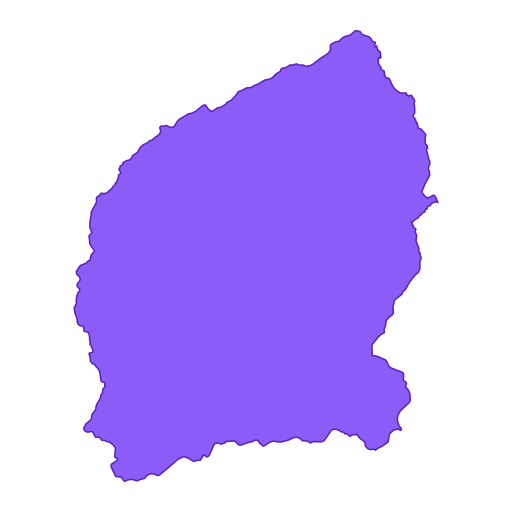 the district of Mecuburi, Nampula, Mozambique
{"feature_id": "85939544B36345946298130", "entity_name": "Mecuburi", "entity_type": "district", "adm_level": 2, "iso_a3": "MOZ", "parent_name": "Mozambique", "parent_adm1": "Nampula", "projection": "orthographic", "projection_center": [38.95, -14.45], "detail": "fine", "context": "isolated", "style": "filled", "palette": "violet", "viewbox_px": 512, "rotation_deg": 0, "n_neighbors": 0, "source": "geoboundaries", "source_scale": "gbopen_adm2", "svg_char_len": 5956}
<svg xmlns="http://www.w3.org/2000/svg" viewBox="0 0 512 512"><path d="M375.3,42.3L374.1,42.1L371.9,40.7L371.0,38.7L368.6,36.6L362.3,34.7L360.0,31.5L356.1,30.7L355.0,31.0L350.1,35.1L345.3,36.4L342.4,37.9L338.7,41.4L336.1,41.6L331.1,44.3L330.3,45.5L330.5,50.1L327.9,53.5L320.7,58.2L312.4,64.5L309.3,65.9L308.0,65.8L306.8,66.5L303.6,65.2L301.1,64.9L299.1,65.3L297.2,64.0L294.7,64.3L292.7,65.2L290.5,64.8L285.8,67.6L281.9,68.3L281.1,69.1L280.3,71.3L275.4,74.4L272.8,77.4L270.1,79.0L265.0,80.0L256.7,84.7L254.0,85.6L251.7,87.2L250.0,87.7L247.1,87.8L244.5,88.8L242.7,90.2L238.4,91.6L235.4,95.9L231.1,100.4L227.1,102.3L225.7,104.1L223.3,105.8L220.0,107.5L217.5,107.8L212.7,111.1L210.6,111.2L207.7,108.3L205.7,105.2L204.7,104.9L203.7,105.2L202.6,105.6L195.7,111.3L191.6,113.3L188.6,113.8L179.9,118.9L177.5,121.0L174.5,126.0L173.3,127.0L170.7,127.4L165.9,125.4L163.6,126.2L161.2,126.1L160.3,126.6L159.7,128.0L160.8,131.2L159.3,134.5L154.9,137.5L152.4,139.8L151.4,140.4L149.9,140.4L148.2,142.3L143.4,144.7L140.4,147.2L137.2,152.6L132.4,155.7L131.9,157.4L129.9,159.8L126.5,160.7L122.9,162.7L123.0,164.3L120.2,166.1L119.7,168.3L119.0,168.9L118.9,169.5L119.4,170.6L120.5,171.6L120.7,173.5L118.5,175.1L118.4,177.8L116.9,181.0L116.8,182.9L115.4,182.9L115.2,184.5L112.6,187.0L111.7,188.6L106.7,193.0L104.7,193.5L100.8,193.3L99.3,195.7L97.5,196.4L96.3,198.5L96.5,201.6L96.2,202.7L91.3,211.9L91.3,213.9L90.0,221.3L89.8,227.2L90.1,228.6L91.3,230.5L91.7,232.7L89.0,235.9L89.8,243.4L91.4,246.7L94.2,250.2L94.2,251.4L91.0,255.2L90.2,259.6L89.9,260.0L88.5,260.7L85.9,263.2L80.7,265.3L79.0,267.1L76.3,271.7L76.8,274.4L78.5,275.9L80.2,278.3L80.0,280.4L77.0,284.2L77.3,286.5L79.6,289.1L79.8,290.6L77.9,292.9L76.9,295.4L76.2,300.0L76.4,303.4L74.3,307.5L74.3,309.3L75.2,314.1L76.8,317.7L77.4,322.5L78.0,324.2L80.2,325.9L82.8,326.1L83.8,327.9L83.9,330.6L84.3,331.3L88.0,332.2L88.8,333.5L89.4,335.8L89.7,340.8L90.5,342.6L89.9,343.4L89.9,344.5L91.1,345.3L91.5,347.1L92.4,348.7L92.5,349.9L93.2,350.8L92.9,351.7L92.1,352.5L89.5,353.0L89.0,353.8L90.1,357.5L90.5,361.5L91.6,362.4L92.1,363.6L93.5,363.8L94.8,364.7L96.1,366.7L98.7,369.3L100.0,373.1L100.9,380.6L101.8,381.8L104.6,382.5L105.0,383.4L104.7,385.1L105.0,386.7L102.8,389.2L102.4,393.4L101.2,394.4L100.0,399.1L97.4,403.0L96.0,406.6L95.9,408.5L95.1,410.5L92.1,414.1L91.2,419.4L85.4,424.4L85.5,425.7L84.2,427.0L83.8,428.2L84.1,430.0L85.7,431.5L87.9,432.2L90.6,431.5L92.1,431.7L93.0,432.5L95.3,436.9L96.1,437.3L99.6,437.3L101.9,440.4L104.6,440.4L106.7,441.5L109.6,442.2L113.2,444.9L114.7,446.8L115.3,447.8L115.3,449.7L114.7,456.4L115.3,457.6L117.3,458.4L117.6,459.7L116.7,460.7L111.8,463.9L111.1,464.8L111.1,466.1L111.2,467.0L115.7,476.5L120.7,477.0L121.9,477.9L124.1,481.1L125.0,481.3L127.5,480.0L130.1,479.6L133.3,479.6L135.9,480.7L137.2,480.8L140.2,479.5L144.7,478.3L146.5,476.0L148.6,474.5L151.1,473.7L154.1,474.0L157.3,475.5L158.7,475.3L159.6,474.9L169.5,466.7L177.7,459.5L182.8,457.0L184.6,456.8L188.2,458.1L193.7,461.5L198.1,460.1L200.2,460.3L203.7,455.0L204.8,455.4L206.4,456.8L207.5,456.8L208.7,456.0L209.6,454.6L214.2,444.2L215.4,443.4L216.3,443.4L217.0,442.7L221.3,444.2L223.0,443.4L224.2,443.4L225.2,442.3L227.0,441.4L234.3,441.0L235.5,441.6L238.4,444.8L240.4,445.2L248.8,442.3L252.2,441.8L254.6,440.3L256.5,440.1L258.2,440.7L260.0,443.7L261.7,444.8L262.6,445.9L263.3,446.1L264.6,445.6L269.5,442.4L271.9,441.4L274.1,441.2L277.7,441.9L281.8,441.9L289.2,439.8L293.1,437.8L296.4,437.3L298.2,437.6L299.9,438.4L302.5,440.7L306.8,441.1L308.5,441.6L310.0,442.9L313.5,441.6L321.1,441.9L324.3,440.6L331.2,430.4L333.4,429.3L335.4,429.3L337.9,429.9L341.8,432.0L343.7,432.2L344.7,433.7L346.9,433.9L349.7,436.2L350.5,436.2L352.1,434.9L355.8,434.7L356.7,434.3L360.1,438.5L364.7,442.0L365.6,446.4L367.8,448.8L370.4,449.6L374.4,449.2L375.6,450.2L377.5,448.5L382.2,446.2L388.1,442.0L389.5,433.9L393.8,429.9L396.8,429.4L398.1,428.6L399.0,429.8L400.8,430.2L401.4,429.7L401.3,428.5L399.2,426.0L397.6,421.4L397.4,417.7L397.9,415.3L400.4,410.7L408.7,403.1L409.7,401.8L410.3,400.1L410.0,394.5L409.0,391.3L407.4,388.6L405.6,387.1L406.5,383.4L406.2,382.4L404.0,380.9L403.3,379.7L403.7,374.2L402.9,372.8L401.6,372.0L390.7,367.8L388.7,365.9L386.7,361.3L385.5,359.9L377.5,356.4L374.3,355.6L372.2,355.6L372.0,344.3L373.0,343.7L375.7,340.0L377.1,338.8L377.5,337.3L379.2,336.3L381.0,334.3L383.7,333.2L384.4,332.4L384.1,329.4L385.5,325.6L386.1,320.7L388.9,317.4L392.1,315.0L393.4,313.1L393.0,305.2L393.9,304.0L394.0,301.6L394.7,300.0L401.7,294.4L402.3,293.5L402.9,291.4L404.6,290.4L405.7,289.1L409.8,281.7L415.5,274.7L418.1,272.6L419.4,270.2L420.0,267.9L419.8,261.9L421.1,258.9L421.0,257.6L420.4,255.9L420.0,252.9L418.7,251.3L418.9,248.2L416.0,241.0L416.7,235.3L415.2,232.2L415.2,230.9L415.9,229.3L415.2,228.3L413.5,227.5L413.4,225.6L412.4,224.8L412.1,222.6L411.5,221.7L412.8,221.6L415.1,219.6L417.7,218.2L419.6,215.8L421.9,214.1L422.4,212.9L424.8,212.0L425.5,209.2L426.9,209.1L427.8,206.2L430.5,205.5L431.3,203.5L434.5,202.3L435.4,201.6L437.7,202.3L436.1,198.0L434.3,195.3L432.8,195.5L429.5,197.3L427.1,197.9L424.8,196.0L422.0,192.5L422.0,191.6L424.7,184.4L429.7,175.3L429.4,171.7L428.3,168.6L428.7,166.3L429.8,164.0L429.9,162.6L429.6,160.7L428.6,159.3L428.5,157.6L426.5,150.2L426.5,148.7L427.7,148.2L427.3,147.1L427.4,145.8L425.8,144.4L425.2,142.5L425.1,140.6L425.4,139.0L425.0,137.4L425.8,135.5L425.4,134.0L421.3,129.3L418.1,128.0L417.9,125.6L417.0,124.7L417.5,123.9L415.6,120.8L415.5,119.3L413.2,116.6L413.2,115.6L414.8,112.5L414.6,106.1L414.0,103.4L414.7,101.6L414.5,100.3L413.7,98.5L413.0,98.0L411.7,95.5L410.2,95.4L409.0,96.2L407.8,95.1L406.5,95.0L406.4,93.3L405.9,93.0L400.1,93.0L396.3,90.3L394.1,88.0L392.3,85.3L389.6,79.2L388.8,78.3L386.7,78.1L386.6,77.5L385.5,76.9L384.9,76.0L384.1,71.0L381.2,69.5L380.9,68.7L381.1,67.3L379.8,65.9L378.4,63.2L378.4,59.2L379.1,57.5L380.1,58.1L380.8,57.7L380.7,54.9L380.2,51.9L378.4,50.5L377.1,48.7L376.8,46.1L375.8,46.8L375.0,46.8L374.8,45.1L375.3,42.3Z" fill="#8b5cf6" stroke="#5b21b6" stroke-width="1.5"/></svg>